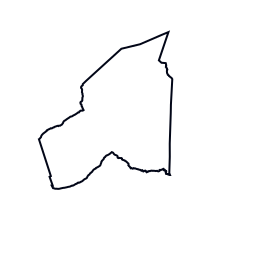 Arrecifes, Buenos Aires, Argentina, rotated 46°
{"feature_id": "61730980B34566458401394", "entity_name": "Arrecifes", "entity_type": "district", "adm_level": 2, "iso_a3": "ARG", "parent_name": "Argentina", "parent_adm1": "Buenos Aires", "projection": "equal_earth", "projection_center": [-60.001, -34.007], "detail": "fine", "context": "isolated", "style": "outline", "palette": "ink", "viewbox_px": 256, "rotation_deg": 46, "n_neighbors": 0, "source": "geoboundaries", "source_scale": "gbopen_adm2", "svg_char_len": 5616}
<svg xmlns="http://www.w3.org/2000/svg" viewBox="0 0 256 256"><g transform="rotate(46 128 128)"><path d="M65.0,130.0L65.2,130.3L65.8,130.8L65.8,131.2L65.7,132.1L65.7,132.7L65.8,133.0L66.1,133.3L66.3,133.7L66.6,133.9L66.9,134.0L67.4,133.9L67.8,134.0L68.0,134.2L68.6,134.4L69.5,135.4L70.3,136.3L71.6,136.8L71.8,137.0L72.0,137.3L72.3,137.5L73.3,138.0L73.9,138.5L74.6,139.9L75.0,140.2L75.6,141.0L75.9,141.2L76.2,141.4L76.4,141.7L76.6,142.2L76.7,142.7L76.7,142.9L76.5,143.2L76.4,143.5L76.5,143.8L76.4,144.0L76.5,144.4L76.9,144.5L77.1,144.7L77.2,145.0L77.7,145.3L78.3,145.3L78.6,145.2L78.8,145.2L79.3,145.5L79.8,146.0L80.1,146.2L80.7,146.2L80.9,146.4L81.4,146.5L81.8,146.7L82.1,146.8L82.4,147.0L82.7,147.1L83.0,147.1L83.5,147.3L84.3,147.5L84.3,147.8L83.8,148.8L83.6,149.1L83.0,149.5L82.7,149.9L82.5,150.3L82.6,150.8L82.6,151.1L82.4,151.5L82.7,152.3L82.7,152.5L82.1,153.2L82.1,153.5L82.1,153.9L81.8,155.7L81.7,156.4L81.5,156.8L81.5,157.2L81.3,157.6L81.1,158.3L80.9,158.8L80.9,159.5L80.8,159.9L80.4,160.7L80.2,161.1L79.9,161.4L79.8,161.8L79.7,163.0L79.6,163.4L79.5,164.1L79.4,164.4L79.3,164.9L79.0,166.8L79.0,167.2L79.0,167.6L78.6,168.6L78.6,169.2L78.6,169.6L78.8,170.4L79.3,171.3L79.3,172.0L79.6,172.7L79.6,173.3L79.3,174.4L79.2,175.2L78.4,176.0L78.3,176.7L77.9,176.8L77.7,176.9L77.1,178.0L76.5,179.4L76.2,179.9L76.1,180.2L76.1,181.0L75.8,181.3L75.5,182.2L75.4,182.6L75.4,183.0L75.2,183.3L74.5,183.8L74.4,184.1L74.4,184.6L74.3,184.9L74.1,185.6L73.8,186.0L73.6,187.0L73.6,187.3L73.7,187.7L73.3,188.0L73.4,188.6L73.5,188.9L73.5,190.2L73.4,190.6L73.3,191.0L73.3,191.4L73.2,192.3L73.1,192.8L73.2,194.7L73.3,195.3L73.6,196.1L73.8,196.4L74.2,197.1L74.2,197.9L74.3,198.2L74.3,198.6L74.3,199.0L74.4,199.4L74.4,199.7L74.3,199.9L109.0,216.9L108.6,218.3L117.2,222.2L116.5,222.9L119.2,223.7L119.7,223.3L120.9,222.7L121.5,222.2L121.8,221.8L123.3,220.5L123.8,219.9L124.4,219.0L124.7,218.4L125.2,217.6L126.0,216.3L126.3,215.9L126.8,215.3L128.3,212.9L128.7,212.1L129.8,210.5L130.0,209.9L130.3,208.9L130.5,208.4L130.6,208.2L130.8,208.2L131.0,207.8L131.4,207.2L131.5,206.7L131.8,205.4L131.8,204.9L131.9,204.6L132.0,204.5L132.1,204.2L132.4,203.8L132.5,203.3L132.4,202.8L132.5,202.1L132.9,201.5L133.2,201.5L133.7,200.5L133.8,200.0L133.8,199.6L133.9,199.3L134.2,198.9L134.3,198.4L134.5,197.6L134.5,196.7L134.6,194.9L135.2,193.2L135.3,192.2L134.7,190.8L134.5,189.7L134.4,189.0L134.6,188.6L134.7,188.1L134.4,187.2L134.3,186.7L134.5,186.0L134.5,185.7L134.4,185.0L134.6,184.2L134.3,183.3L134.1,181.7L134.2,181.0L134.5,179.9L134.7,179.6L134.7,179.3L134.5,178.7L134.7,178.3L134.8,177.9L134.9,177.6L135.0,177.2L135.2,176.7L135.3,175.9L135.6,175.0L135.6,174.1L135.5,173.6L134.9,172.5L134.7,172.1L134.5,171.6L134.4,171.3L133.9,170.8L133.8,170.5L133.8,170.1L133.6,169.9L133.5,169.5L133.5,167.3L133.4,167.2L133.2,166.8L133.1,166.4L132.9,166.2L132.9,165.5L132.8,165.2L133.0,164.8L133.0,164.5L132.8,164.0L132.8,162.6L133.0,162.2L133.3,161.7L133.8,159.8L133.9,159.2L134.1,156.7L134.1,156.4L134.3,156.3L134.7,156.2L135.4,155.9L135.6,155.9L136.5,156.1L137.4,156.2L138.5,155.9L139.6,155.3L140.3,155.1L140.8,155.1L141.0,155.1L141.5,155.4L141.6,155.6L141.8,155.8L142.0,156.0L142.6,156.0L143.0,155.8L143.4,155.2L143.5,155.0L144.1,154.6L144.6,154.1L144.9,153.7L145.3,153.6L145.5,153.6L145.8,153.5L146.2,153.9L146.4,154.1L146.8,154.1L147.3,153.9L149.1,152.9L149.5,153.0L149.8,152.9L150.0,152.8L150.4,152.6L151.3,152.6L151.8,152.5L152.2,152.5L152.7,152.5L153.3,152.5L153.9,152.4L154.1,152.6L154.5,152.9L154.7,153.0L154.9,153.3L155.1,153.6L155.4,153.5L155.7,153.7L156.0,153.8L156.4,153.7L156.8,153.7L157.1,153.6L157.6,153.8L158.1,153.7L158.3,153.7L158.6,154.0L158.9,154.0L159.0,153.5L159.1,153.3L159.9,153.2L160.4,153.0L160.7,152.0L160.8,151.8L161.0,151.8L161.3,151.8L161.5,151.5L161.9,151.0L162.2,150.8L163.4,150.3L164.2,149.7L164.6,149.6L165.1,149.1L165.7,149.0L166.0,148.8L166.6,148.3L166.7,148.2L167.3,148.0L167.8,147.7L168.1,147.7L168.2,147.8L168.3,147.6L168.2,147.2L168.3,147.0L168.6,147.0L169.5,147.2L169.9,147.2L170.0,147.1L170.1,146.3L170.6,145.2L170.9,145.1L171.2,145.4L172.3,145.3L172.4,145.2L172.5,144.6L172.8,144.6L173.0,144.8L173.4,143.8L173.4,143.2L173.5,142.9L173.6,142.7L174.0,142.5L174.1,142.3L174.3,142.1L174.4,141.7L174.6,141.3L174.8,141.2L175.0,140.7L175.4,140.3L175.5,140.3L176.0,140.0L176.2,139.8L176.5,139.3L177.0,138.9L177.8,138.2L178.2,138.0L178.5,137.6L179.0,136.8L179.4,136.7L179.8,136.6L180.0,136.5L180.4,136.1L180.7,135.4L180.7,135.0L180.7,134.8L180.5,134.6L180.4,134.5L180.2,134.4L180.3,134.1L180.9,133.9L181.1,133.5L181.3,132.8L181.6,132.2L181.7,131.9L181.9,130.9L182.0,130.8L182.3,130.9L182.6,131.6L182.8,131.6L183.3,131.2L183.5,130.9L183.6,130.7L183.8,130.7L184.0,131.0L184.1,130.9L184.3,130.6L184.5,130.6L184.9,130.7L185.0,130.7L185.4,130.4L185.6,130.5L185.6,131.4L185.9,131.5L186.2,131.5L186.3,131.8L186.9,132.0L187.1,132.1L187.1,132.3L187.5,132.5L188.0,132.1L188.4,131.6L188.8,131.6L189.4,131.4L189.4,131.0L189.3,130.8L189.4,130.7L189.5,130.6L190.1,130.9L190.7,130.7L191.0,130.4L189.1,129.6L177.8,118.0L168.3,108.9L146.5,86.4L141.1,81.0L123.6,62.2L123.0,62.1L122.8,62.0L122.6,62.0L122.1,61.9L120.7,62.2L119.9,62.2L119.0,62.4L118.7,62.2L118.1,62.2L117.8,62.2L117.6,62.4L117.4,62.4L117.2,62.2L116.9,62.2L116.1,61.8L115.5,61.7L114.6,60.9L114.4,60.8L114.0,60.4L113.8,60.0L113.6,59.9L113.5,59.5L113.3,59.2L113.1,59.3L112.8,59.2L112.4,58.7L112.2,58.6L111.7,58.6L111.1,58.3L110.9,58.4L110.5,58.1L110.3,58.2L110.1,57.9L109.9,57.7L109.7,57.5L109.7,57.4L109.5,57.0L109.2,56.9L108.8,56.5L107.5,55.8L104.3,58.6L100.8,58.8L87.1,32.3L84.3,39.4L76.1,61.2L66.4,77.7L65.0,125.3L65.0,130.0Z" fill="none" stroke="#020617" stroke-width="2"/></g></svg>